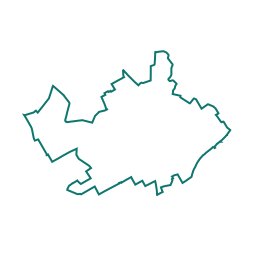 outline of Valu Lui Traian, Constanta, Romania, rotated 238°
{"feature_id": "2599482B6987957430653", "entity_name": "Valu Lui Traian", "entity_type": "district", "adm_level": 2, "iso_a3": "ROU", "parent_name": "Romania", "parent_adm1": "Constanta", "projection": "orthographic", "projection_center": [28.491, 44.168], "detail": "fine", "context": "isolated", "style": "outline", "palette": "teal", "viewbox_px": 256, "rotation_deg": 238, "n_neighbors": 0, "source": "geoboundaries", "source_scale": "gbopen_adm2", "svg_char_len": 5458}
<svg xmlns="http://www.w3.org/2000/svg" viewBox="0 0 256 256"><g transform="rotate(238 128 128)"><path d="M168.1,42.5L166.7,42.4L166.7,42.8L166.6,43.0L165.9,45.8L148.8,45.2L148.7,45.2L148.0,44.6L147.9,44.7L148.0,45.1L147.9,45.5L147.9,46.1L139.5,45.8L139.1,54.2L139.0,58.1L138.6,65.6L137.6,73.5L132.6,70.0L132.3,70.0L128.4,69.9L127.9,70.0L127.7,70.0L119.1,73.9L116.3,75.1L113.6,75.4L113.4,69.5L105.1,69.7L105.5,58.4L106.1,58.2L106.4,58.0L106.8,57.9L108.0,57.6L108.5,57.5L108.8,57.4L110.1,57.2L110.3,57.2L110.3,54.9L110.4,52.6L110.4,51.9L110.6,51.8L110.6,51.5L110.5,51.4L110.4,50.2L110.3,49.1L110.3,47.5L109.6,46.3L108.4,44.3L108.2,44.2L107.9,43.9L107.7,43.8L107.6,43.7L98.8,50.0L98.7,50.2L98.1,50.9L97.9,51.5L97.6,52.3L97.4,52.7L97.3,52.8L97.1,52.9L96.6,53.1L96.0,68.8L87.1,68.1L86.7,75.9L85.6,91.0L86.1,91.2L85.8,92.7L85.7,92.6L85.4,93.0L85.1,93.1L85.0,98.8L84.8,102.1L84.7,104.3L84.7,104.7L81.7,104.4L78.2,104.3L76.1,104.2L76.1,104.5L75.7,112.2L69.6,111.9L69.1,117.4L69.0,118.8L68.9,120.2L68.7,121.8L68.6,122.9L66.6,122.2L65.5,121.8L63.1,120.8L61.8,120.2L60.8,119.8L59.5,119.2L57.8,118.3L55.9,117.2L55.8,117.3L55.7,120.2L55.4,123.5L55.5,123.5L56.2,123.7L56.7,123.7L60.2,124.5L59.8,126.0L59.8,126.8L59.5,127.3L59.1,128.7L57.1,133.8L59.1,136.7L59.9,137.8L61.4,138.2L61.3,139.5L62.2,139.6L62.7,139.7L62.8,139.7L63.5,139.6L63.5,140.4L63.4,141.8L63.1,143.1L62.5,144.9L62.3,145.4L62.3,145.5L52.5,145.1L52.5,148.2L52.5,148.3L52.9,155.9L53.1,156.1L53.5,156.6L54.7,157.8L56.1,159.5L57.1,160.6L57.7,161.5L58.2,162.1L58.6,163.0L59.6,164.8L60.8,166.5L61.2,167.2L61.9,168.4L62.6,169.8L63.0,170.8L63.7,172.4L64.0,173.3L64.7,175.5L65.2,177.6L65.2,178.2L65.2,178.6L65.3,179.8L65.4,180.0L65.5,180.1L65.7,181.4L66.0,184.3L66.0,184.5L66.1,185.1L66.3,187.2L66.6,189.0L66.8,190.1L65.9,190.7L65.1,190.8L65.1,191.4L66.0,191.3L66.5,191.9L66.7,193.2L67.4,194.7L67.5,196.1L67.4,196.1L67.5,196.6L67.6,197.6L67.8,198.9L67.9,199.3L67.9,199.5L67.8,199.3L67.7,199.0L67.5,198.9L67.4,198.9L67.3,199.1L67.5,199.0L67.6,199.3L67.7,199.6L67.9,200.4L68.2,202.0L68.6,204.0L68.9,205.1L69.1,206.1L69.5,207.1L69.8,208.2L69.7,208.3L69.9,208.4L71.3,211.8L71.5,212.4L71.9,213.1L72.1,213.6L75.9,212.3L82.5,212.4L82.8,212.3L83.1,211.9L83.2,211.4L83.2,210.6L83.3,210.4L83.6,210.2L83.8,210.1L87.5,209.9L90.0,209.8L91.6,209.7L92.5,209.5L92.4,212.3L92.5,212.5L97.9,212.6L98.2,212.6L101.0,211.8L101.3,211.6L105.8,208.4L105.4,200.6L116.3,200.9L118.1,199.6L118.0,199.0L116.1,193.7L116.2,193.4L116.6,193.2L126.3,188.6L127.5,189.6L133.1,183.9L134.1,184.8L135.5,185.8L135.9,186.1L136.0,186.3L136.2,186.9L136.6,187.9L136.8,188.5L137.1,188.9L138.4,190.1L138.5,190.3L138.9,190.9L139.1,191.4L139.4,192.0L139.6,192.4L139.8,192.6L140.1,192.6L143.4,191.8L144.1,191.6L144.5,191.4L144.7,191.1L144.9,190.9L145.0,190.5L145.1,190.1L145.3,189.3L145.4,189.0L145.4,188.9L145.5,188.7L145.7,188.4L145.9,188.3L146.0,188.2L146.4,188.1L146.6,188.0L146.8,188.0L147.1,187.9L147.5,187.9L147.8,188.0L148.0,188.1L148.2,188.4L148.4,188.7L148.5,189.6L148.6,190.1L148.9,190.7L149.0,191.1L149.7,192.3L150.0,192.8L150.3,193.1L150.6,193.3L154.7,195.8L155.5,196.3L155.9,196.7L156.3,197.1L157.5,198.9L157.8,199.2L158.1,199.4L158.3,199.5L158.5,199.5L158.9,199.5L160.1,199.3L161.5,199.2L162.3,199.1L162.8,199.1L165.3,198.8L165.7,198.8L166.2,198.9L166.4,199.1L166.6,199.3L167.0,199.7L167.6,200.4L167.9,200.7L168.0,200.8L168.4,201.0L168.6,201.1L168.9,201.1L171.0,200.7L171.6,200.6L171.8,200.5L172.1,200.3L173.3,199.5L174.1,198.9L174.3,198.7L174.5,198.3L174.9,197.7L176.8,193.5L177.1,192.8L177.3,192.2L177.5,191.9L177.7,191.7L178.0,191.5L178.0,191.4L171.1,186.7L170.9,186.4L170.3,186.0L168.1,184.5L167.7,183.8L167.7,183.3L168.4,180.1L162.5,176.4L156.3,172.4L157.4,167.7L158.0,165.2L158.2,164.6L158.4,164.3L159.1,163.6L159.3,163.4L159.4,163.1L159.4,162.8L159.4,162.3L159.3,161.7L158.7,159.4L159.6,159.2L159.9,159.1L160.5,158.9L161.3,158.8L161.6,158.6L161.9,158.5L162.5,158.3L163.5,158.1L163.9,158.0L164.7,157.8L166.8,157.3L170.0,156.6L170.3,156.5L170.6,156.4L170.8,156.4L171.2,156.3L171.5,156.2L173.3,155.8L175.4,155.5L175.6,155.5L175.9,155.4L176.2,155.3L176.4,155.2L177.8,155.0L178.4,155.0L178.7,154.9L179.4,154.7L179.3,154.3L179.3,154.2L174.6,151.7L174.4,151.6L174.1,151.6L173.9,151.6L173.2,151.6L173.3,150.2L173.3,149.3L173.5,146.6L173.8,141.6L173.9,139.5L174.0,137.4L167.5,137.3L167.6,135.6L167.6,134.3L167.7,132.9L168.7,132.8L168.7,132.5L168.8,130.8L169.5,130.8L169.6,130.7L169.8,130.4L170.0,126.5L168.1,126.3L168.3,124.3L168.4,122.8L168.4,122.3L168.4,121.9L165.3,121.5L161.3,120.9L158.8,120.4L155.7,119.6L155.4,119.8L155.2,120.1L154.9,120.1L155.0,118.7L155.0,118.1L155.1,117.7L156.4,113.9L157.0,111.8L156.8,111.5L156.7,111.2L155.8,106.8L155.7,106.4L155.5,106.2L151.5,100.5L155.2,96.9L156.9,95.3L157.7,94.5L158.3,93.9L158.5,93.7L158.8,93.5L158.8,93.4L159.4,92.2L160.5,89.8L161.2,88.3L161.5,87.7L161.9,86.8L162.3,85.8L163.4,83.6L165.0,80.0L165.2,79.7L165.6,79.4L165.5,79.2L166.1,78.7L166.5,78.6L167.1,78.6L167.4,78.6L167.6,78.8L168.0,79.0L168.4,79.4L169.1,80.1L170.6,81.8L173.0,84.2L176.4,87.8L179.3,90.9L179.8,91.3L180.0,91.5L180.5,91.6L181.4,91.6L189.3,90.8L189.9,90.7L189.9,90.8L195.8,89.1L202.6,87.0L203.5,86.7L203.4,86.5L198.7,81.0L195.0,76.6L191.6,67.2L188.9,59.6L191.5,59.1L191.6,58.8L191.4,58.1L191.2,56.8L191.2,56.4L191.3,55.6L192.2,52.4L193.5,47.5L193.7,47.2L194.1,46.8L190.3,46.8L180.4,46.4L179.8,46.3L178.9,46.2L178.2,46.0L177.3,45.7L169.6,42.8L169.2,42.7L168.8,42.6L168.1,42.5Z" fill="none" stroke="#0f766e" stroke-width="2"/></g></svg>